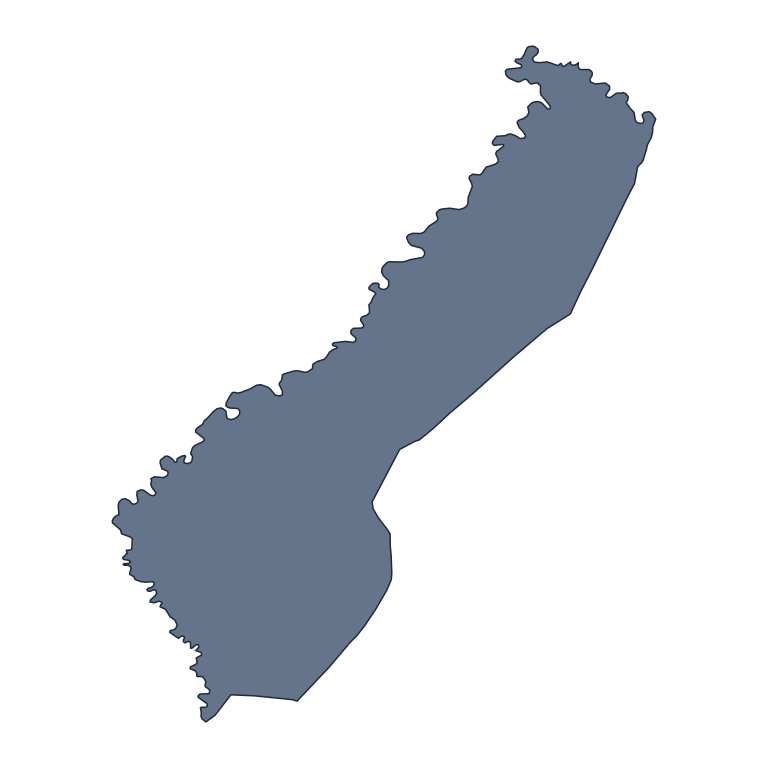 Orxon, Darhan-Uul, Mongolia
{"feature_id": "93677404B93316443433377", "entity_name": "Orxon", "entity_type": "district", "adm_level": 2, "iso_a3": "MNG", "parent_name": "Mongolia", "parent_adm1": "Darhan-Uul", "projection": "equal_earth", "projection_center": [106.003, 49.72], "detail": "fine", "context": "isolated", "style": "filled", "palette": "slate", "viewbox_px": 768, "rotation_deg": 0, "n_neighbors": 0, "source": "geoboundaries", "source_scale": "gbopen_adm2", "svg_char_len": 6054}
<svg xmlns="http://www.w3.org/2000/svg" viewBox="0 0 768 768"><path d="M297.1,701.1L329.4,666.9L350.5,642.0L357.1,635.4L365.0,625.3L375.8,609.1L386.6,590.6L391.3,579.6L391.8,573.7L391.2,556.0L390.3,546.3L390.1,534.1L387.5,529.7L378.5,518.0L373.2,509.0L372.1,501.9L399.7,449.4L414.3,441.6L419.5,439.8L433.2,428.5L449.9,413.0L471.9,394.4L514.0,356.6L546.9,328.7L570.4,313.9L580.8,291.4L592.3,269.0L628.6,194.7L634.5,183.7L637.7,166.6L641.6,162.7L643.1,160.4L646.5,149.3L647.3,145.1L651.3,137.4L652.6,132.2L652.8,126.9L655.7,119.1L651.7,113.4L649.2,111.7L644.3,112.4L642.1,115.1L644.0,120.4L643.2,122.6L641.8,123.5L638.1,123.0L636.2,121.7L635.3,120.0L634.0,112.4L629.9,108.0L626.5,103.2L626.3,102.2L627.8,99.9L628.2,96.6L625.7,93.6L623.0,92.5L621.4,93.3L617.5,93.0L616.0,93.5L610.0,97.7L606.7,97.0L605.8,95.0L609.7,89.2L609.5,86.0L605.1,83.0L595.5,84.0L590.7,82.1L589.9,79.1L592.1,75.5L592.3,73.0L591.6,71.5L590.0,70.1L588.2,69.5L580.7,69.6L579.1,68.6L578.3,67.2L578.2,63.0L575.8,64.8L572.5,65.3L570.7,64.2L570.8,62.7L570.4,62.0L564.4,66.1L563.0,66.3L562.2,65.9L561.5,63.9L560.7,63.4L558.1,65.6L547.0,61.9L539.5,62.7L534.8,62.1L533.6,61.2L532.4,58.6L534.3,56.1L535.8,55.4L537.4,53.5L538.4,51.3L538.0,49.3L534.7,46.6L532.4,46.1L528.3,46.8L526.9,48.2L523.9,55.0L521.8,58.3L519.6,59.2L516.1,59.1L515.1,61.2L516.6,62.6L521.3,64.8L521.6,66.8L521.0,67.7L507.0,69.3L505.4,71.1L505.9,74.5L507.4,76.7L509.5,78.4L517.7,82.0L520.5,81.4L523.8,79.5L526.0,79.3L528.0,80.6L528.3,81.7L530.2,83.6L531.5,84.0L536.3,83.0L538.2,83.2L538.5,84.3L540.5,85.7L540.4,92.6L541.1,94.9L550.1,105.9L550.4,108.1L549.2,109.1L547.5,108.8L542.1,103.2L539.8,102.0L536.7,101.6L533.6,102.1L531.3,103.3L528.2,106.4L527.8,107.2L528.9,112.5L527.2,116.0L523.9,118.3L518.5,120.4L517.3,121.9L517.2,123.1L519.5,127.9L523.0,131.6L525.2,135.1L525.5,136.6L523.7,138.3L520.1,138.5L515.7,135.8L511.2,134.1L508.8,134.1L505.1,135.7L496.7,136.3L493.1,140.7L492.3,143.0L492.6,143.9L494.3,145.4L502.8,144.4L503.8,145.4L502.8,146.8L496.7,151.4L496.0,152.7L495.8,154.1L498.1,159.1L498.4,161.4L495.6,164.1L486.2,167.1L482.1,173.1L480.0,175.0L472.8,174.2L469.5,176.3L469.1,178.8L471.5,183.0L472.3,186.6L468.2,197.3L467.9,203.4L467.3,205.2L466.0,206.5L464.1,208.0L459.1,209.6L449.6,208.2L441.5,209.1L439.1,210.0L436.5,212.6L436.4,214.3L437.7,218.0L437.7,219.6L437.1,220.8L429.5,225.7L424.0,232.1L420.8,233.5L412.7,233.3L408.5,234.8L407.1,236.5L406.7,238.0L408.6,242.5L410.5,244.7L412.6,245.8L421.3,248.1L424.2,251.0L424.7,253.5L424.4,254.9L422.8,257.0L421.6,257.6L410.9,259.5L403.3,262.0L389.1,261.8L387.0,262.6L383.3,266.2L381.9,268.7L381.7,272.3L383.6,276.0L388.5,280.5L388.8,284.9L387.4,287.9L384.8,289.4L382.0,289.3L380.5,288.6L378.9,287.2L379.1,284.4L377.9,283.4L376.0,283.0L372.7,283.5L369.3,286.7L368.9,287.9L369.2,289.4L374.3,292.0L375.7,293.4L373.0,297.6L371.3,301.9L368.9,304.9L369.5,310.8L369.3,313.1L366.5,315.4L362.2,316.8L360.7,318.6L360.7,320.5L363.6,325.0L363.7,326.1L362.9,327.4L361.0,328.1L353.6,328.3L351.2,330.1L350.8,332.7L351.5,334.3L355.3,337.4L356.0,338.6L355.5,341.0L353.4,342.4L345.1,341.4L333.7,342.8L332.5,344.0L332.5,344.9L333.0,345.6L337.0,346.9L336.7,348.3L333.1,349.6L329.5,352.1L326.2,357.4L324.1,359.3L317.3,361.5L313.2,364.0L312.7,365.2L312.5,368.6L307.5,372.0L304.3,372.2L298.0,370.8L293.8,371.0L283.5,374.1L282.4,375.0L281.6,380.2L279.4,383.1L279.2,384.5L282.3,391.0L282.3,395.0L279.6,395.9L276.2,395.4L274.9,394.7L270.3,389.0L267.8,387.2L260.8,384.7L256.7,385.2L249.5,389.1L240.8,392.5L237.5,393.1L234.6,392.3L232.4,392.6L229.9,395.9L226.1,403.3L225.9,405.7L227.4,407.1L229.8,408.0L237.5,408.5L238.9,409.5L239.6,410.9L239.8,413.7L237.6,416.8L234.0,418.9L230.7,419.6L227.9,418.8L226.8,417.6L225.9,411.1L222.8,408.6L220.8,408.0L217.1,408.7L213.0,411.9L206.7,418.9L204.4,420.5L202.6,424.3L197.5,427.7L195.8,429.9L195.6,432.0L203.5,438.2L204.3,439.7L203.3,441.5L194.6,445.6L192.6,447.7L190.9,452.4L190.8,454.1L192.4,456.1L192.5,457.5L192.0,460.3L190.8,462.5L188.2,463.5L185.9,463.4L184.0,462.4L184.0,460.0L185.6,456.3L184.6,455.5L181.8,456.1L177.5,458.4L177.0,459.1L176.9,461.2L176.4,462.0L175.1,462.3L171.9,458.6L169.6,457.1L167.5,456.1L165.1,456.3L161.1,459.6L160.3,460.8L160.1,463.0L161.9,468.8L167.7,471.3L168.1,474.0L167.0,475.8L163.6,477.6L154.4,476.8L150.9,478.7L151.6,480.6L150.8,483.8L151.6,486.8L156.0,493.1L155.0,495.0L152.9,495.7L150.7,495.3L143.6,490.2L140.8,489.9L137.2,491.4L136.8,494.9L138.1,501.3L137.6,502.3L135.7,503.8L133.1,504.2L131.6,503.5L129.5,500.8L125.4,498.7L122.0,499.2L119.4,501.7L118.6,503.2L118.2,506.0L118.9,514.5L115.4,516.4L113.4,518.4L112.3,520.9L112.5,523.0L120.4,529.7L121.6,533.8L130.5,537.1L132.3,538.6L131.8,549.1L130.0,550.0L126.4,550.3L127.0,553.4L122.8,557.6L123.1,558.9L124.1,559.6L128.0,560.1L130.3,561.3L130.4,561.9L128.7,563.4L123.9,563.7L123.3,564.5L124.1,565.2L128.4,565.3L130.6,566.8L131.0,568.9L129.8,572.7L129.7,574.4L133.8,576.7L135.2,579.5L141.1,581.7L146.2,582.2L152.0,581.7L154.1,582.6L153.9,584.8L153.1,586.2L151.4,587.4L148.0,588.4L146.9,589.8L148.0,591.1L149.8,591.3L154.6,589.6L156.1,590.6L156.4,591.8L156.5,593.3L155.7,595.2L150.5,599.9L150.0,602.0L153.9,602.8L159.3,601.2L161.5,602.3L162.2,603.4L160.6,604.9L160.1,606.8L165.5,609.3L170.3,617.1L173.9,619.2L175.2,620.7L177.1,624.9L176.8,626.2L175.4,628.7L174.3,629.5L170.1,630.7L169.8,632.4L178.5,638.4L181.4,636.0L183.9,636.4L184.5,637.8L183.4,640.0L183.5,641.8L184.7,642.8L188.4,641.4L190.0,642.0L190.5,642.9L190.6,647.9L191.0,648.4L192.4,647.9L196.1,644.8L197.7,644.6L198.6,645.3L198.8,647.1L195.8,650.6L200.7,652.3L201.6,653.4L201.5,655.1L196.3,657.9L197.1,662.8L195.8,664.3L190.4,666.9L190.2,667.5L190.4,668.9L194.8,670.6L195.9,671.7L196.9,673.5L196.7,676.0L197.3,676.5L201.6,676.5L203.5,677.6L206.0,681.9L205.0,684.9L205.3,686.7L208.6,689.0L209.9,690.8L208.9,693.7L201.0,694.0L199.3,694.5L198.0,696.2L198.0,696.9L199.6,698.4L206.5,703.3L207.4,704.6L206.8,706.7L205.5,707.3L201.2,707.3L200.4,708.0L201.3,712.8L201.0,716.7L202.2,719.0L206.0,721.9L215.0,715.3L230.9,694.8L254.1,695.8L291.9,699.6L297.1,701.1Z" fill="#64748b" stroke="#1e293b" stroke-width="1.5"/></svg>